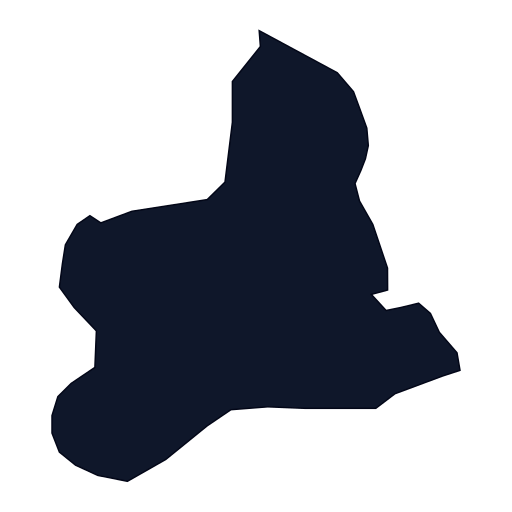 Donghae-si, Gangwon, South Korea
{"feature_id": "91817680B21216327036282", "entity_name": "Donghae-si", "entity_type": "district", "adm_level": 2, "iso_a3": "KOR", "parent_name": "South Korea", "parent_adm1": "Gangwon", "projection": "natural_earth1", "projection_center": [129.058, 37.511], "detail": "fine", "context": "isolated", "style": "filled", "palette": "ink", "viewbox_px": 512, "rotation_deg": 0, "n_neighbors": 0, "source": "geoboundaries", "source_scale": "gbopen_adm2", "svg_char_len": 770}
<svg xmlns="http://www.w3.org/2000/svg" viewBox="0 0 512 512"><path d="M89.9,215.7L77.2,224.4L65.4,244.8L62.4,263.8L59.4,287.1L74.2,307.5L96.4,330.9L94.9,367.4L71.2,383.4L57.9,396.6L52.0,415.6L52.0,424.3L52.0,433.1L59.4,452.1L75.6,465.2L97.8,475.4L127.4,481.3L165.8,459.4L207.2,425.8L230.9,409.7L267.8,406.8L304.8,408.3L335.8,408.3L375.8,408.3L395.0,393.7L442.3,376.1L460.0,370.3L457.0,352.8L439.3,332.3L430.4,313.4L418.6,303.2L400.9,307.5L386.1,310.5L371.3,294.4L387.6,290.0L387.5,268.1L372.8,224.4L359.5,201.0L355.0,183.5L360.9,170.4L365.4,158.8L368.3,145.6L366.8,128.1L359.4,107.7L353.5,91.7L337.3,72.8L259.2,30.7L260.4,46.5L232.4,81.5L232.4,122.3L225.0,182.1L207.2,199.6L131.9,211.3L100.8,222.9L89.9,215.7Z" fill="#0f172a" stroke="#020617" stroke-width="1.5"/></svg>